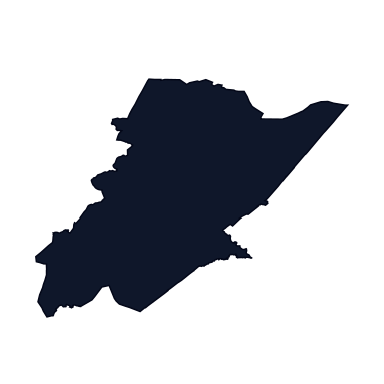 the district of Višķu pag., Daugavpils, Latvia, rotated 176°
{"feature_id": "27541924B4584699907336", "entity_name": "Višķu pag.", "entity_type": "district", "adm_level": 2, "iso_a3": "LVA", "parent_name": "Latvia", "parent_adm1": "Daugavpils", "projection": "robinson", "projection_center": [26.799, 56.069], "detail": "fine", "context": "isolated", "style": "filled", "palette": "ink", "viewbox_px": 384, "rotation_deg": 176, "n_neighbors": 0, "source": "geoboundaries", "source_scale": "gbopen_adm2", "svg_char_len": 6058}
<svg xmlns="http://www.w3.org/2000/svg" viewBox="0 0 384 384"><g transform="rotate(176 192 192)"><path d="M196.4,304.8L211.2,306.1L214.2,305.6L215.3,305.6L215.2,306.4L221.8,306.9L227.1,307.6L228.5,305.9L234.6,296.2L238.1,291.1L242.6,283.5L246.0,278.7L248.6,274.5L251.1,269.6L256.1,270.2L259.0,269.8L261.0,270.8L266.1,269.9L266.1,268.7L267.5,266.0L267.0,265.0L266.0,265.1L264.9,264.7L264.4,264.3L263.2,263.0L262.9,261.7L263.1,260.4L263.3,260.2L263.3,259.9L262.2,258.6L261.3,258.7L260.6,258.5L258.8,258.3L257.8,258.0L260.7,255.3L261.9,253.0L263.4,249.2L261.7,248.9L259.6,248.7L255.6,247.1L254.8,246.5L253.3,246.3L252.4,245.3L250.5,245.0L248.8,244.0L248.6,244.1L248.8,243.9L248.7,243.4L248.6,243.2L248.2,243.1L248.3,242.9L248.0,242.9L248.0,242.6L248.2,242.1L248.7,241.7L253.4,238.5L253.5,236.5L253.6,233.2L255.0,232.6L256.2,232.4L257.0,232.7L257.2,233.2L257.6,233.4L258.1,233.4L258.6,233.3L259.9,232.4L262.8,231.9L264.2,231.0L264.7,230.4L266.8,225.9L268.0,225.0L268.6,224.4L268.8,223.8L268.7,223.2L268.4,222.4L267.6,221.4L266.6,220.6L265.6,220.4L265.1,220.0L265.0,219.6L265.2,219.2L265.6,219.1L265.6,218.2L266.8,218.1L268.2,217.9L268.4,218.2L269.6,218.8L270.0,218.9L271.2,218.4L272.7,219.0L274.7,217.8L275.6,217.5L277.0,218.0L278.0,217.9L281.4,216.4L284.8,215.6L286.6,213.6L287.9,213.0L288.8,213.0L289.4,212.7L289.9,211.9L290.8,211.6L291.4,211.0L291.6,210.4L291.1,208.3L290.7,207.2L290.0,205.6L289.1,204.7L288.3,203.3L287.2,202.2L285.3,201.1L283.6,200.6L281.8,200.3L281.6,198.3L279.5,191.8L280.3,191.2L280.7,191.1L281.3,190.4L282.1,189.9L282.5,189.1L282.7,188.8L283.3,188.6L283.9,188.2L285.2,188.3L287.2,187.7L288.8,187.8L289.9,187.4L291.1,186.5L291.7,186.3L292.2,186.2L293.1,186.6L294.0,186.5L295.5,186.0L296.5,185.4L297.0,184.7L298.8,181.7L301.0,179.7L305.5,174.2L305.2,173.2L310.0,168.6L311.3,169.5L312.1,167.8L312.7,164.1L316.5,159.5L317.9,160.2L318.2,161.1L319.1,161.4L319.4,161.7L319.1,161.9L318.6,161.8L318.0,162.5L318.3,162.8L319.2,162.6L320.7,163.0L321.1,162.9L322.5,162.4L322.9,161.9L323.9,161.3L325.5,160.9L327.1,160.2L328.0,160.3L328.2,160.6L328.6,160.9L329.8,161.2L331.6,161.3L332.1,160.9L332.7,160.7L333.4,161.0L333.5,160.9L333.4,160.7L332.6,160.1L332.8,159.7L333.4,159.1L333.1,158.7L333.6,157.0L334.2,152.9L334.8,151.2L338.8,148.5L346.6,142.4L352.3,138.4L352.1,133.3L348.9,132.3L344.7,130.6L343.5,130.6L342.1,130.1L342.3,129.3L342.4,125.0L342.6,124.0L342.9,119.4L345.2,113.2L345.6,112.5L346.8,109.6L347.6,107.1L351.1,100.1L353.3,93.2L349.7,86.9L348.6,83.6L345.4,77.5L340.5,78.4L339.3,78.2L338.8,78.9L338.6,79.7L337.8,81.2L337.1,82.0L335.9,82.8L335.4,83.6L335.5,83.8L336.2,84.4L336.1,84.8L334.1,86.0L333.2,87.1L332.2,87.9L331.3,88.1L330.5,88.3L329.7,88.1L328.4,86.5L327.7,86.4L326.6,86.7L326.4,86.5L326.0,86.4L325.7,86.5L325.6,86.9L325.6,87.5L325.4,87.8L325.3,88.4L324.8,88.6L324.3,88.4L323.7,87.8L322.7,87.6L322.1,87.2L321.8,87.0L321.6,86.4L322.0,85.8L321.0,85.4L320.4,84.9L319.0,85.5L319.3,86.0L319.2,86.2L318.6,86.4L318.5,86.6L318.8,87.1L318.7,87.3L318.0,87.6L316.3,87.3L315.2,86.6L313.8,86.6L313.5,86.1L312.7,86.2L312.8,86.0L312.5,85.8L311.7,85.7L311.8,85.9L311.6,85.9L311.2,85.6L299.3,91.4L296.3,94.6L288.6,103.5L281.2,104.6L276.8,91.2L275.2,88.5L272.3,85.3L266.2,82.7L262.6,81.3L252.1,76.4L246.9,80.1L246.5,79.8L244.0,81.6L226.6,92.8L223.1,95.2L223.5,95.5L220.4,97.3L212.3,102.7L211.9,102.8L208.6,104.7L200.0,110.7L196.6,112.9L196.0,113.2L196.1,113.3L190.0,117.8L189.7,117.5L188.9,117.6L187.8,117.2L186.5,117.7L185.8,117.4L184.9,117.4L184.7,118.1L183.8,118.1L183.3,118.5L182.5,118.7L182.0,119.2L181.0,119.1L180.6,119.3L180.1,120.2L177.3,120.6L177.1,120.8L176.5,120.9L176.3,121.4L175.9,121.7L174.5,121.7L174.4,122.1L173.8,122.6L172.9,123.0L172.3,123.0L171.4,123.6L170.2,123.6L170.2,123.3L169.6,123.5L169.6,122.9L168.9,123.5L167.6,123.4L167.2,123.4L167.2,122.9L166.4,123.0L165.4,122.3L165.1,122.3L164.7,122.7L164.2,122.3L163.9,122.3L163.4,122.6L162.9,122.6L162.7,123.0L161.7,122.5L161.2,122.5L160.9,122.8L161.6,123.3L161.6,123.7L160.9,123.7L160.1,124.8L159.5,124.9L159.5,125.9L158.6,126.5L158.4,126.9L158.2,127.1L157.0,126.8L156.3,127.0L154.8,126.4L154.4,126.5L153.9,126.4L153.1,126.9L152.7,126.9L152.8,126.2L152.3,126.0L151.9,125.4L152.4,125.2L152.0,124.7L152.0,124.4L151.7,124.2L152.0,123.7L151.8,123.6L151.4,123.8L151.1,123.3L150.9,123.5L150.7,123.3L146.8,123.2L145.9,122.9L144.4,123.3L144.0,123.0L143.8,122.6L143.5,122.5L143.0,122.9L142.2,123.1L141.5,123.1L139.0,122.5L138.1,122.0L136.6,121.9L138.3,122.9L139.0,123.9L139.2,124.8L140.1,125.6L141.2,126.0L142.2,127.3L142.2,127.8L141.6,129.6L141.7,131.3L141.9,131.6L143.7,131.1L144.5,131.0L145.2,131.1L146.1,131.5L147.7,132.9L148.1,133.6L148.2,134.2L147.9,134.7L148.1,134.9L150.6,135.0L151.6,135.6L151.8,136.0L151.8,136.3L150.9,138.1L151.1,138.6L152.0,139.1L152.8,139.2L153.4,138.9L152.9,138.4L152.9,138.2L153.5,137.9L154.2,138.1L155.8,139.2L156.6,140.4L156.9,141.2L157.1,143.1L156.7,145.2L157.2,146.1L157.5,146.4L158.6,146.1L159.2,146.2L159.8,146.4L160.3,147.3L161.7,148.3L162.4,149.2L162.6,150.0L163.9,150.8L164.1,151.3L163.9,152.0L161.2,153.7L160.0,154.7L156.2,157.1L153.9,155.3L146.4,161.5L145.2,162.3L146.4,162.8L143.9,164.4L139.3,166.3L137.5,166.0L127.1,173.2L127.5,173.5L124.9,174.9L124.6,174.6L123.9,175.2L122.2,174.5L120.4,174.3L119.9,173.7L119.4,173.8L117.7,175.0L118.1,175.1L117.2,176.5L117.2,177.0L117.4,177.4L119.8,178.3L118.6,179.1L116.6,180.9L105.7,191.7L102.4,195.4L100.5,197.2L100.3,197.0L97.1,200.4L97.4,200.6L97.0,201.0L96.6,200.8L95.0,202.4L88.5,209.0L88.8,209.2L76.4,221.8L76.1,221.7L74.2,223.5L56.8,241.6L54.4,243.8L46.1,252.0L42.1,256.3L30.7,267.8L33.3,268.0L44.7,270.7L50.1,272.8L57.1,273.0L67.6,270.6L70.4,268.4L75.7,265.0L77.6,264.4L80.6,263.2L92.3,259.3L96.8,258.3L118.1,260.0L117.8,260.7L118.2,261.6L115.7,265.3L122.7,270.4L126.1,273.1L128.7,278.1L130.3,283.1L133.0,288.7L138.6,289.1L141.6,289.7L143.1,290.7L151.0,292.0L153.0,293.8L155.1,294.1L155.0,296.0L154.7,296.5L158.6,297.5L162.7,296.1L164.4,297.4L164.9,298.2L163.9,300.0L170.4,303.1L177.1,301.5L178.9,302.3L186.8,301.1L189.8,299.6L196.4,304.8Z" fill="#0f172a" stroke="#020617" stroke-width="1.5"/></g></svg>